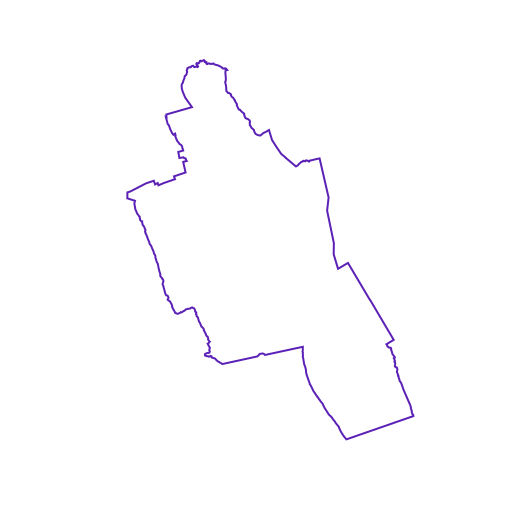 the district of Clare and Gilbert Valleys, South Australia, Australia, rotated 161°
{"feature_id": "25037944B42711318671021", "entity_name": "Clare and Gilbert Valleys", "entity_type": "district", "adm_level": 2, "iso_a3": "AUS", "parent_name": "Australia", "parent_adm1": "South Australia", "projection": "natural_earth1", "projection_center": [138.774, -34.015], "detail": "fine", "context": "isolated", "style": "outline", "palette": "violet", "viewbox_px": 512, "rotation_deg": 161, "n_neighbors": 0, "source": "geoboundaries", "source_scale": "gbopen_adm2", "svg_char_len": 6110}
<svg xmlns="http://www.w3.org/2000/svg" viewBox="0 0 512 512"><g transform="rotate(161 256 256)"><path d="M159.3,53.4L159.1,54.9L159.6,55.7L159.6,57.8L159.1,58.8L159.2,61.3L158.9,62.0L158.7,64.2L160.1,82.4L160.0,84.8L160.1,88.5L160.4,90.0L160.8,90.7L160.8,92.0L160.6,92.8L160.7,93.6L160.6,93.9L160.7,94.5L160.5,95.5L160.7,96.2L160.3,96.8L160.6,97.2L160.4,97.7L160.5,100.6L159.3,102.6L159.1,103.5L159.2,104.9L160.0,105.2L160.4,105.9L160.6,106.6L159.4,108.9L159.2,110.0L159.5,110.5L159.5,111.1L159.0,111.4L158.7,112.0L158.9,112.7L158.8,113.4L159.0,114.5L157.8,114.8L157.7,115.2L158.9,118.8L158.7,121.3L158.8,123.5L158.5,123.9L158.3,124.5L158.5,125.4L160.0,126.0L161.1,127.7L161.2,128.4L161.0,128.9L161.4,130.1L153.1,131.9L162.4,177.3L162.6,177.5L171.3,219.5L182.6,217.2L182.0,232.3L178.2,242.8L174.0,275.7L168.3,287.7L164.1,327.6L174.5,328.7L174.7,328.1L175.0,328.0L175.5,328.3L176.0,329.0L177.1,330.0L177.6,330.1L178.4,329.6L178.7,329.5L179.7,330.4L180.2,330.6L180.5,330.6L181.0,330.1L182.5,330.2L186.2,328.7L186.5,328.3L188.0,327.8L189.1,327.7L195.4,338.2L195.9,338.9L195.8,339.1L198.9,344.3L201.1,352.2L203.1,360.5L202.7,370.9L206.5,370.1L208.9,369.9L212.6,368.5L214.3,369.3L215.3,370.1L216.7,371.7L217.1,374.0L217.0,376.1L218.5,378.5L218.9,380.9L219.1,381.4L219.1,382.2L218.7,383.4L218.6,384.1L217.9,384.8L217.9,386.2L219.1,388.2L220.2,388.9L220.3,389.2L221.0,389.7L221.3,391.8L221.1,392.7L221.3,393.6L220.8,394.4L222.7,397.3L223.6,399.6L224.6,400.2L225.1,404.8L224.6,405.7L225.4,409.2L225.2,410.1L225.6,410.8L225.8,411.5L225.9,412.8L227.0,414.3L227.4,416.0L227.1,416.6L227.3,417.6L228.0,418.2L228.5,419.0L229.3,419.2L230.3,421.8L229.6,424.1L229.0,426.3L228.5,430.6L227.6,431.5L226.8,433.3L225.2,439.6L224.2,441.5L222.7,441.3L223.4,443.0L224.1,443.3L224.3,443.6L224.7,443.5L224.7,443.4L224.9,443.6L225.5,443.7L226.5,444.3L226.4,444.5L226.8,445.3L228.3,447.1L229.6,448.3L229.8,448.6L232.6,450.4L233.5,451.6L233.6,451.9L234.4,451.8L235.8,452.2L236.0,452.4L236.5,452.4L237.0,452.9L238.3,453.6L239.5,453.3L239.8,453.4L240.0,453.6L240.2,454.0L240.3,454.7L239.8,455.2L239.8,455.5L240.2,455.8L240.9,455.8L241.3,456.1L241.4,456.5L241.0,457.2L241.3,458.0L241.5,458.2L244.0,457.9L244.6,457.9L244.9,458.4L244.9,458.7L245.3,458.8L246.0,458.2L246.8,457.2L247.4,456.9L248.5,457.2L248.9,457.6L249.2,457.7L249.6,457.4L249.9,456.9L249.7,456.1L249.3,455.7L249.1,454.0L249.8,453.7L250.7,454.4L251.6,454.6L252.7,454.6L252.9,454.7L253.4,456.0L253.4,456.3L253.6,456.4L254.5,456.5L255.4,456.3L255.8,456.1L256.2,455.7L256.6,455.7L257.4,456.1L257.8,456.2L259.4,456.0L259.8,455.8L260.1,455.0L261.1,454.1L261.1,452.5L261.9,451.6L262.7,450.2L263.1,449.9L264.8,449.3L265.8,447.4L267.6,445.4L268.7,443.7L270.2,442.6L270.5,442.2L271.4,439.5L271.7,437.8L271.8,435.4L271.4,428.9L268.1,417.6L294.7,419.0L295.5,416.2L296.0,416.7L296.5,409.5L295.8,407.9L295.8,403.9L295.3,399.4L294.6,397.5L292.7,398.1L292.7,396.4L293.3,395.7L293.2,392.0L293.0,391.1L293.0,390.3L292.1,388.0L291.9,386.9L291.2,386.1L290.5,385.1L290.2,383.5L290.5,382.1L290.4,381.5L290.5,379.4L295.6,379.7L296.5,373.6L292.4,372.9L292.2,372.1L291.7,371.7L290.8,371.2L290.8,369.6L290.6,368.4L294.2,368.7L295.4,357.9L307.6,358.0L307.6,355.0L319.4,355.0L325.2,354.6L325.2,357.0L328.1,356.5L328.1,360.4L336.2,360.5L354.1,357.9L356.9,358.0L358.9,352.4L352.4,347.6L353.6,345.8L354.0,344.9L354.9,339.2L354.6,337.1L354.7,335.3L354.1,333.6L353.7,331.9L353.2,331.2L353.3,330.4L353.6,330.0L353.5,329.0L353.8,328.1L353.8,327.7L353.5,327.1L353.3,326.5L352.9,326.0L352.4,325.8L352.7,325.2L352.7,324.1L353.0,323.5L352.9,322.0L352.6,320.9L352.3,320.5L352.2,319.8L352.2,318.6L352.3,317.9L352.0,317.1L352.1,316.6L352.2,316.2L352.9,315.5L352.8,314.2L353.1,313.8L353.1,313.4L352.7,311.7L352.8,310.7L352.6,309.4L352.7,308.7L352.7,306.9L352.4,303.9L352.6,303.2L352.5,301.6L352.4,301.2L351.8,300.0L351.8,297.8L351.4,293.9L351.6,291.6L351.5,290.9L351.1,289.7L351.2,288.7L351.7,286.7L351.6,285.9L351.8,282.7L351.4,280.8L351.7,278.3L352.0,276.7L352.2,273.8L352.4,273.2L352.3,271.7L352.4,271.0L352.4,269.7L352.8,269.1L353.0,268.3L352.5,266.6L352.2,266.2L352.2,265.7L352.0,264.6L351.6,264.3L351.6,262.8L351.7,262.4L353.0,260.6L353.6,259.3L353.3,257.7L353.6,256.4L353.6,254.5L353.8,252.9L353.8,252.0L354.0,250.4L353.9,248.7L353.7,248.1L352.6,247.4L352.5,247.0L352.3,246.4L352.4,244.8L353.7,243.7L353.5,242.8L352.1,241.1L352.1,240.7L351.9,239.9L351.6,238.2L351.5,236.0L351.9,235.3L351.9,234.5L351.6,233.7L351.6,233.1L351.5,232.0L351.2,231.3L350.9,228.6L350.8,228.3L350.3,228.1L350.0,227.6L348.7,226.8L347.6,226.8L346.1,227.1L345.5,227.4L344.7,226.9L344.1,227.0L343.2,227.4L341.3,227.6L339.6,228.4L338.4,228.2L337.6,228.2L336.3,227.9L335.2,227.8L334.3,228.2L333.0,228.1L332.6,227.5L331.7,226.8L331.5,226.4L331.5,226.0L331.3,225.3L331.3,224.2L331.6,223.3L331.3,223.1L330.9,222.1L331.0,221.4L331.7,220.7L331.4,219.7L331.7,218.4L331.2,217.6L331.2,217.0L330.9,216.5L331.1,215.3L331.2,212.6L330.8,211.1L330.6,207.0L330.1,206.5L329.2,204.3L329.5,203.0L329.2,202.4L329.4,201.8L328.8,198.7L329.0,198.3L328.7,196.2L328.0,195.6L328.0,193.7L328.5,192.9L327.9,190.2L327.7,190.0L329.0,189.2L330.2,188.8L329.9,188.1L330.1,187.4L329.5,184.2L330.8,182.4L330.9,182.0L330.7,181.1L330.9,180.6L331.3,180.1L331.5,179.8L331.8,179.8L333.9,180.1L335.9,180.0L336.2,179.7L336.6,178.6L336.5,178.4L335.2,177.3L334.1,176.9L333.4,176.2L332.4,175.9L331.7,176.4L330.8,175.8L330.7,174.2L328.2,172.5L327.1,170.0L326.1,168.4L325.4,167.9L324.8,166.9L324.3,166.5L323.0,164.8L287.4,160.6L286.9,160.9L285.6,161.3L284.9,162.0L284.2,162.2L281.3,161.6L280.5,161.0L279.7,159.5L241.3,154.9L242.6,151.2L243.1,150.6L243.1,149.4L243.5,148.8L243.9,146.8L244.6,145.5L244.6,144.4L245.7,137.8L245.6,136.4L245.6,134.7L245.9,131.8L246.5,129.9L246.8,126.7L246.7,118.1L246.9,117.3L246.5,116.3L245.6,109.3L244.9,107.0L244.8,106.3L244.3,104.4L243.8,103.4L243.9,102.6L243.4,102.0L243.0,99.8L242.6,99.1L242.2,97.3L241.3,95.3L241.0,94.0L240.9,92.0L240.7,91.3L240.7,90.5L238.9,83.0L238.4,81.6L237.7,80.5L236.7,78.3L236.6,77.2L235.2,73.4L235.0,72.1L233.4,67.8L233.3,65.3L232.9,62.1L231.7,57.1L230.2,53.2L159.3,53.4Z" fill="none" stroke="#5b21b6" stroke-width="2"/></g></svg>